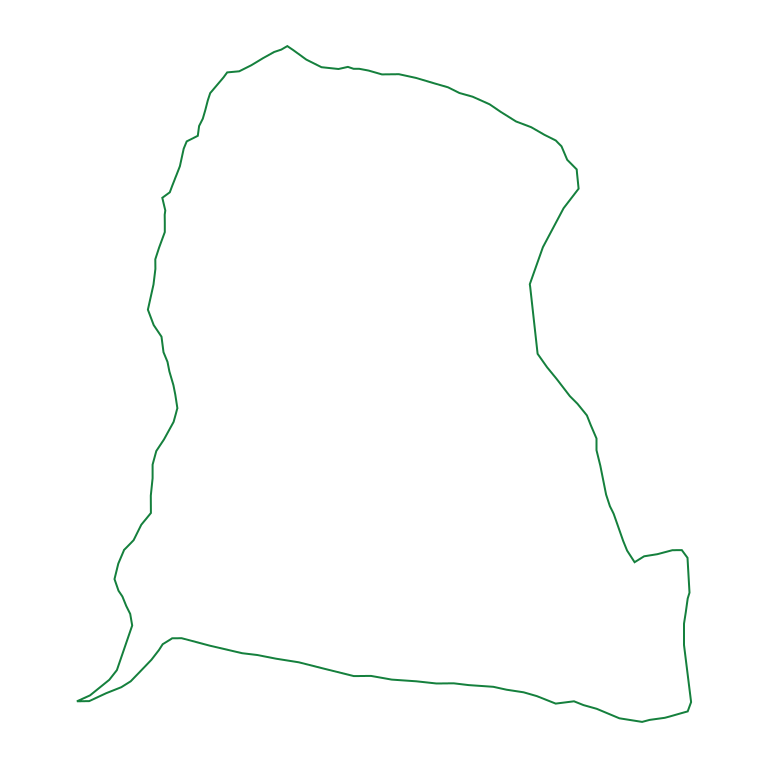 outline of Owan West, Edo, Nigeria
{"feature_id": "59680162B12689851933854", "entity_name": "Owan West", "entity_type": "district", "adm_level": 2, "iso_a3": "NGA", "parent_name": "Nigeria", "parent_adm1": "Edo", "projection": "orthographic", "projection_center": [5.884, 6.933], "detail": "fine", "context": "isolated", "style": "outline", "palette": "green", "viewbox_px": 768, "rotation_deg": 0, "n_neighbors": 0, "source": "geoboundaries", "source_scale": "gbopen_adm2", "svg_char_len": 2173}
<svg xmlns="http://www.w3.org/2000/svg" viewBox="0 0 768 768"><path d="M687.7,711.4L691.1,702.1L684.0,645.0L684.0,623.7L685.8,612.1L687.7,598.5L689.5,592.7L687.5,557.8L681.8,550.1L672.4,550.2L657.3,554.2L644.1,556.3L634.6,562.2L627.1,550.6L623.2,541.0L619.1,529.3L613.7,513.9L612.7,511.8L609.9,506.2L606.1,494.6L600.3,465.6L596.5,450.2L596.5,438.5L590.7,425.0L586.9,415.4L577.5,403.8L569.9,396.2L556.6,378.9L547.1,367.3L537.6,353.8L530.2,287.0L529.8,284.2L542.9,247.2L563.6,208.2L578.6,188.7L577.0,173.0L576.7,169.4L567.2,159.8L561.5,146.3L558.4,143.2L555.8,140.5L544.4,134.8L531.2,127.2L516.1,121.5L500.9,112.0L489.6,104.3L472.6,96.7L459.4,93.0L448.0,87.3L434.8,83.5L415.9,77.9L398.9,74.2L381.9,74.4L368.7,70.6L367.2,70.3L359.2,68.8L353.6,68.8L347.9,66.9L338.5,69.0L321.5,67.2L306.3,59.6L293.1,50.0L287.3,46.1L281.3,49.6L274.1,52.0L263.3,58.0L257.2,61.7L251.2,65.3L239.2,71.3L227.2,72.4L224.9,75.5L223.6,77.3L210.2,93.1L207.8,100.4L205.3,110.1L202.8,118.7L199.1,126.0L197.8,135.8L186.7,141.4L183.7,148.7L179.9,166.2L176.4,175.2L175.3,177.9L174.4,180.3L172.3,185.6L169.8,192.3L162.3,197.8L165.3,210.5L164.7,214.7L164.8,222.3L164.8,232.1L159.1,247.6L155.3,259.3L155.4,268.9L153.5,284.5L147.9,309.7L153.7,325.1L161.5,336.7L163.5,352.2L167.5,361.9L169.4,371.5L173.4,385.1L175.3,394.7L177.4,408.3L177.1,409.0L176.5,411.3L175.9,413.6L173.6,421.9L164.0,439.4L156.3,451.0L152.6,464.6L152.6,476.2L152.6,478.2L150.8,495.6L150.9,513.0L147.8,516.8L141.3,524.7L133.6,540.2L126.5,547.5L124.8,549.2L124.0,550.0L123.7,550.9L118.3,563.6L114.5,579.1L118.5,590.7L122.4,596.5L126.3,606.1L130.2,613.9L132.2,625.5L116.9,670.1L109.3,679.8L90.0,695.4L76.9,701.3L89.2,701.1L106.2,693.2L121.3,687.2L130.7,681.3L142.0,669.6L151.4,659.8L158.9,650.1L162.7,644.2L171.3,638.9L172.1,638.3L181.6,638.2L209.9,645.7L242.1,653.2L257.2,655.0L276.1,658.7L298.8,662.3L323.7,668.6L353.9,676.1L370.9,675.9L386.7,678.7L391.7,679.6L416.3,681.3L436.6,683.5L453.6,683.3L468.7,685.1L493.3,686.8L506.5,689.7L523.6,692.3L536.8,696.1L555.7,703.6L574.0,701.3L583.5,705.1L596.7,708.8L619.4,718.3L642.1,721.9L649.6,719.9L664.8,717.8L669.7,716.5L681.6,713.1L687.7,711.4Z" fill="none" stroke="#15803d" stroke-width="2"/></svg>